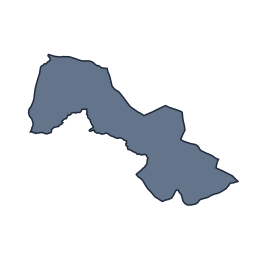 the district of Mpanda Urban, Katavi, United Republic of Tanzania, rotated 78°
{"feature_id": "72390352B31642859672055", "entity_name": "Mpanda Urban", "entity_type": "district", "adm_level": 2, "iso_a3": "TZA", "parent_name": "United Republic of Tanzania", "parent_adm1": "Katavi", "projection": "natural_earth1", "projection_center": [31.001, -6.409], "detail": "fine", "context": "isolated", "style": "filled", "palette": "slate", "viewbox_px": 256, "rotation_deg": 78, "n_neighbors": 0, "source": "geoboundaries", "source_scale": "gbopen_adm2", "svg_char_len": 4773}
<svg xmlns="http://www.w3.org/2000/svg" viewBox="0 0 256 256"><g transform="rotate(78 128 128)"><path d="M164.6,61.7L163.3,62.5L161.5,62.8L159.3,64.2L158.5,65.2L157.9,66.0L157.0,68.3L156.4,69.8L154.8,72.6L152.3,76.6L150.3,78.9L147.8,77.2L146.0,76.0L142.9,73.5L141.8,72.8L141.6,72.7L137.4,72.4L134.5,72.5L133.8,72.5L131.6,72.5L127.9,72.2L126.3,72.0L124.6,71.8L124.0,71.9L123.3,72.1L121.8,74.4L119.4,78.2L116.2,83.7L115.3,84.8L113.9,86.5L114.2,88.2L115.3,92.9L117.4,100.9L118.1,104.7L119.2,109.8L117.4,111.5L115.7,113.3L114.3,115.1L109.8,119.3L107.9,121.1L105.4,122.4L101.5,124.2L96.9,126.3L94.6,127.5L92.7,128.4L90.4,129.7L88.9,131.4L88.4,132.1L85.8,133.8L85.4,134.0L84.7,134.3L83.5,134.9L83.4,134.9L82.7,134.9L79.3,135.0L73.8,135.1L68.8,136.0L65.4,136.0L64.7,138.2L63.6,141.5L61.8,142.9L61.0,143.7L60.4,145.5L59.9,146.0L59.0,146.8L57.4,147.9L57.1,148.1L55.3,150.1L54.0,153.1L53.0,158.5L51.2,162.1L49.3,164.9L47.7,167.8L46.3,170.3L45.9,171.5L45.6,172.5L45.3,174.2L45.0,175.4L44.6,176.7L44.5,179.1L44.2,180.5L43.1,183.6L42.2,185.8L41.1,187.7L40.1,189.3L39.6,190.5L40.3,191.1L41.4,191.0L41.9,190.7L43.0,189.9L43.9,190.0L44.7,189.8L45.5,189.9L46.2,191.3L46.3,192.1L47.1,193.3L48.0,194.4L48.2,195.2L47.8,196.0L48.1,197.0L48.9,197.8L49.2,198.6L49.2,199.3L50.0,200.5L50.4,200.7L50.6,200.9L51.1,201.2L56.4,203.2L62.3,206.6L68.9,210.0L71.7,211.1L75.3,212.4L79.7,213.8L83.0,215.6L87.0,218.5L89.1,220.9L92.4,222.1L95.9,221.9L99.4,220.2L103.6,219.8L105.8,220.5L107.7,221.9L109.5,222.6L111.6,224.4L111.8,223.9L111.8,222.3L112.0,222.2L113.4,221.0L113.3,219.7L114.2,219.2L114.0,217.7L114.3,216.5L114.3,216.0L114.3,213.9L115.2,211.6L116.0,210.8L116.4,209.8L116.5,209.6L116.6,209.3L116.8,208.7L116.7,206.6L116.4,204.1L114.1,203.1L113.5,202.9L112.8,201.7L112.2,200.5L112.0,200.1L112.0,198.6L112.0,198.2L112.0,197.4L112.1,195.4L111.0,194.8L110.8,193.8L110.6,192.3L109.2,190.6L108.8,191.1L107.7,191.5L107.1,190.2L106.0,188.5L106.0,186.4L104.6,185.1L104.3,184.9L102.8,184.2L102.8,183.8L103.3,182.9L103.2,182.4L103.1,182.1L102.8,181.1L101.7,180.1L101.6,177.7L101.8,177.2L102.5,176.3L102.2,174.6L102.5,173.3L102.7,172.4L102.6,171.4L102.1,170.7L101.5,170.0L100.8,169.6L100.5,169.5L100.3,169.4L100.3,168.1L100.4,167.1L100.6,166.7L101.0,165.3L100.9,164.5L102.4,164.6L104.3,164.9L105.9,165.6L107.2,165.0L108.4,165.1L109.9,164.9L111.0,164.1L112.4,163.2L113.2,163.5L114.5,163.2L115.5,163.0L116.3,162.8L117.7,162.5L118.9,161.8L120.0,161.7L120.8,163.2L121.2,164.7L121.8,165.8L122.5,166.5L123.1,166.1L123.3,165.5L123.4,165.2L123.2,164.3L123.2,164.2L122.8,161.8L123.4,161.2L124.3,161.6L125.1,161.0L125.4,160.9L125.9,160.2L126.4,159.8L126.6,159.0L126.9,157.5L127.1,157.2L128.7,154.6L128.7,153.3L128.7,152.3L128.4,150.4L129.3,149.1L129.7,148.6L131.1,147.4L131.9,146.7L132.6,145.6L133.5,144.0L133.9,143.5L135.3,141.9L135.4,141.5L135.7,140.6L136.1,139.5L135.9,139.0L135.8,138.4L136.5,136.6L137.0,136.1L137.6,135.4L138.9,134.5L140.3,132.2L141.6,132.5L142.6,132.6L142.7,132.9L143.0,133.5L143.8,133.5L144.1,133.5L144.8,133.5L145.7,132.8L146.4,132.2L147.5,132.7L148.2,132.6L148.8,132.5L149.7,131.1L149.7,130.6L150.8,129.2L151.8,128.6L152.9,126.8L154.3,125.1L155.1,124.9L155.8,124.1L155.9,122.0L156.3,121.7L156.6,121.2L157.0,121.0L157.1,119.8L157.3,119.3L157.2,117.5L157.7,116.6L157.8,116.0L159.6,115.6L160.2,115.3L161.5,114.7L162.0,115.0L163.2,115.9L164.4,116.1L165.6,116.4L167.0,117.1L168.0,118.0L168.8,119.2L170.0,120.0L170.4,121.7L170.8,122.2L171.7,123.4L172.5,124.8L173.1,126.0L173.8,127.3L174.5,128.7L175.0,129.4L175.2,129.6L176.5,128.9L177.9,128.2L178.1,128.1L179.2,126.8L179.4,126.6L179.6,126.5L179.7,126.4L180.5,125.8L181.1,125.5L181.8,124.9L182.3,124.6L182.6,124.4L183.8,124.0L184.8,123.7L188.6,122.5L189.2,122.2L191.7,121.2L195.8,118.6L199.1,116.9L199.9,116.4L200.4,116.2L200.8,116.0L201.0,115.9L203.4,113.3L205.7,111.1L206.9,109.8L206.9,108.6L206.3,107.2L206.3,104.0L206.3,103.0L206.0,102.1L205.7,100.0L203.6,97.8L202.3,96.7L202.0,96.5L201.9,96.6L202.0,96.5L201.6,96.2L201.0,95.7L200.1,95.1L199.1,93.9L198.9,93.6L199.0,93.2L199.0,92.9L199.1,92.0L202.1,91.0L203.9,89.9L206.2,89.6L210.8,89.4L211.9,88.9L213.6,88.1L215.0,86.6L215.6,86.0L216.3,83.0L216.4,82.4L216.4,77.4L216.2,77.0L215.9,76.3L215.7,75.9L215.2,74.9L213.7,73.4L213.1,72.3L213.0,72.0L213.0,71.7L212.8,69.6L212.5,64.4L211.5,61.4L211.4,61.2L210.9,58.9L210.6,56.5L210.6,54.5L210.3,52.3L209.4,49.3L208.6,46.9L207.8,44.8L206.7,43.4L206.3,43.0L205.7,42.0L205.5,41.8L204.5,40.7L203.3,39.5L203.3,37.8L203.6,36.5L203.2,33.0L203.2,31.6L202.8,31.7L200.6,33.3L198.4,34.7L196.6,35.8L193.1,40.1L190.2,43.7L185.4,50.2L183.3,49.4L182.8,49.2L180.2,48.0L179.9,47.8L177.4,46.0L176.9,47.0L175.5,48.9L174.5,49.7L173.5,50.6L172.9,51.1L171.7,52.6L170.2,54.7L169.3,56.1L165.4,61.2L164.8,61.6L164.6,61.7Z" fill="#64748b" stroke="#1e293b" stroke-width="1.5"/></g></svg>